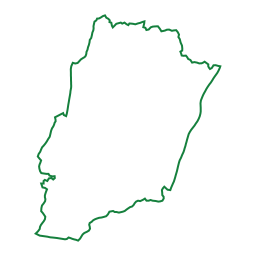 Rio dos Bois, Tocantins, Brazil
{"feature_id": "56859067B30920938893313", "entity_name": "Rio dos Bois", "entity_type": "district", "adm_level": 2, "iso_a3": "BRA", "parent_name": "Brazil", "parent_adm1": "Tocantins", "projection": "orthographic", "projection_center": [-48.454, -9.239], "detail": "fine", "context": "isolated", "style": "outline", "palette": "green", "viewbox_px": 256, "rotation_deg": 0, "n_neighbors": 0, "source": "geoboundaries", "source_scale": "gbopen_adm2", "svg_char_len": 3678}
<svg xmlns="http://www.w3.org/2000/svg" viewBox="0 0 256 256"><path d="M55.0,117.3L55.5,119.4L55.6,121.3L54.6,122.8L54.1,124.6L53.3,126.4L52.0,128.4L51.1,130.8L50.5,133.5L49.7,136.8L48.2,139.0L46.9,141.3L45.4,143.5L43.7,145.6L42.1,147.3L41.1,149.5L40.2,151.8L38.7,153.9L37.8,156.5L39.4,158.5L41.1,160.4L40.3,162.8L39.6,164.4L39.1,166.4L39.4,168.6L40.1,171.2L41.3,173.1L43.8,173.5L46.6,173.9L48.5,173.9L49.5,175.6L52.3,176.4L54.6,176.2L54.8,178.1L53.2,179.5L51.3,178.0L48.9,178.4L47.3,181.0L44.8,179.9L43.6,181.0L43.6,183.5L41.2,183.5L41.8,185.3L42.5,187.4L45.0,187.9L47.0,189.3L46.0,191.8L45.4,193.6L44.9,195.4L44.9,197.3L45.4,199.1L45.1,201.2L43.6,203.5L42.0,205.5L41.4,208.1L41.2,211.2L42.8,213.0L43.9,214.6L45.3,216.7L44.9,219.3L43.7,221.3L42.3,223.1L40.9,225.0L40.0,226.9L39.7,229.0L38.0,231.3L35.7,233.6L39.7,235.6L47.5,236.7L50.1,237.3L53.4,237.6L56.9,238.0L65.0,239.3L66.8,239.0L68.6,237.5L70.5,238.1L72.2,238.8L74.2,239.4L76.0,239.8L78.1,240.6L80.1,238.6L81.5,236.3L82.6,234.5L84.3,233.0L86.9,231.8L88.9,230.6L90.0,228.7L89.7,226.5L89.2,224.8L89.7,223.0L91.7,221.8L92.9,220.5L94.5,219.5L96.4,218.7L99.1,217.8L101.6,217.5L103.9,216.9L106.2,216.2L107.9,214.4L109.4,211.7L111.5,211.3L113.1,211.0L114.7,212.0L116.5,212.0L118.9,212.6L121.1,212.1L122.8,211.7L124.7,211.0L126.6,209.5L128.3,208.3L130.1,207.1L132.1,206.5L133.7,204.9L134.6,203.3L136.1,201.6L138.0,200.7L140.2,201.1L143.0,199.8L144.9,198.6L146.5,200.7L148.7,200.7L150.5,200.0L152.7,200.7L155.7,201.0L158.3,201.6L160.1,201.4L162.4,200.7L163.7,198.5L163.6,196.7L162.3,195.1L162.2,192.6L161.9,190.1L162.9,188.3L164.3,186.7L165.9,188.2L167.5,189.7L170.3,190.1L171.1,187.8L172.0,185.7L173.0,183.4L173.9,181.5L174.4,179.9L175.1,177.6L175.8,175.0L176.4,173.0L177.0,170.9L177.5,168.7L178.0,166.5L178.5,164.5L179.0,162.5L179.7,160.3L181.0,157.8L182.2,154.8L183.4,152.3L184.1,150.3L184.6,148.4L185.4,146.0L185.9,143.9L186.5,141.9L187.0,139.9L187.7,137.5L188.7,134.1L189.8,132.0L191.2,129.8L193.0,127.5L194.5,125.6L195.9,123.4L197.4,121.3L198.7,118.8L199.7,116.4L200.4,113.7L200.7,111.6L200.7,109.8L200.7,107.8L200.6,105.8L200.5,103.3L200.9,100.5L202.0,97.7L203.0,95.3L204.0,93.3L205.1,91.4L206.3,89.1L207.6,87.0L209.3,84.5L210.8,82.6L212.3,80.3L213.3,78.6L214.5,76.8L215.8,75.0L217.3,72.9L218.6,70.5L219.7,68.1L220.3,66.3L218.1,65.9L215.7,65.2L213.5,65.3L211.8,68.0L210.0,69.0L208.9,67.6L208.2,66.1L208.3,64.4L206.4,63.0L204.6,61.7L203.2,62.6L201.6,63.3L199.2,63.4L197.0,62.6L194.4,62.1L192.1,62.6L190.4,60.0L188.1,58.9L187.3,57.3L185.9,55.6L183.5,55.8L181.7,55.5L181.1,53.4L180.4,51.6L182.2,50.6L182.3,48.6L182.0,45.6L180.6,42.5L179.8,39.2L178.4,37.0L179.0,34.6L177.8,32.2L176.2,30.2L173.9,30.4L171.9,30.8L169.2,29.6L166.9,29.7L165.1,30.5L163.5,30.9L161.4,31.3L159.8,28.7L157.9,26.3L155.2,26.4L152.8,26.6L150.8,27.3L148.7,29.5L146.4,30.0L145.4,27.8L143.3,27.2L143.8,25.1L144.2,23.4L144.4,21.4L142.4,22.0L140.1,22.9L138.0,23.4L135.3,24.3L133.0,23.8L131.1,23.6L129.4,23.5L128.3,25.1L126.5,24.2L124.5,22.6L122.2,23.6L120.8,22.6L118.9,23.1L116.3,23.8L114.7,25.5L112.8,27.4L111.9,25.7L111.3,22.7L109.5,22.1L109.7,20.3L108.3,18.8L106.3,17.7L105.0,15.4L102.9,16.1L100.8,17.5L98.9,18.5L97.1,18.6L96.3,20.4L94.5,21.6L94.0,23.8L93.5,26.2L93.6,28.4L93.3,30.4L92.4,32.5L91.9,35.2L91.2,38.0L89.8,39.9L89.5,42.4L88.9,44.9L88.0,47.3L87.5,49.7L86.5,51.9L86.3,53.9L85.7,55.8L84.6,57.1L82.9,58.1L80.9,59.4L79.1,61.4L77.6,63.0L75.2,63.5L72.8,62.8L71.3,66.2L70.8,69.1L70.9,72.8L70.9,75.6L71.0,77.6L71.0,80.2L71.1,82.2L71.1,83.9L71.2,86.0L71.1,87.8L70.5,91.0L70.3,93.0L69.9,95.5L69.3,98.8L68.8,101.9L68.3,104.7L67.9,107.4L67.5,110.0L66.8,113.7L66.1,116.1L63.8,115.0L63.1,113.1L55.0,117.3Z" fill="none" stroke="#15803d" stroke-width="2"/></svg>